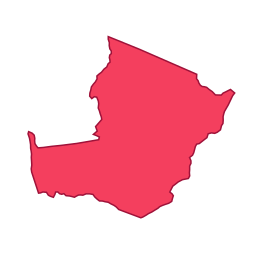 outline of Ibicuitinga, Ceará, Brazil, rotated 193°
{"feature_id": "56859067B26407679214114", "entity_name": "Ibicuitinga", "entity_type": "district", "adm_level": 2, "iso_a3": "BRA", "parent_name": "Brazil", "parent_adm1": "Ceará", "projection": "natural_earth1", "projection_center": [-38.546, -4.981], "detail": "fine", "context": "isolated", "style": "filled", "palette": "rose", "viewbox_px": 256, "rotation_deg": 193, "n_neighbors": 0, "source": "geoboundaries", "source_scale": "gbopen_adm2", "svg_char_len": 2052}
<svg xmlns="http://www.w3.org/2000/svg" viewBox="0 0 256 256"><g transform="rotate(193 128 128)"><path d="M73.1,195.8L131.5,206.7L134.1,207.2L167.8,212.6L167.2,210.0L165.4,207.0L164.8,204.0L163.5,201.0L161.7,199.4L161.0,196.8L162.2,194.9L162.0,192.3L161.0,190.4L160.3,188.1L161.8,186.2L162.4,182.7L164.6,180.0L166.4,176.3L168.3,174.1L170.0,171.7L169.2,168.9L170.2,165.5L171.6,162.9L172.9,159.8L172.8,156.5L173.0,153.5L172.5,150.4L169.9,148.5L167.9,150.9L165.4,151.0L163.0,147.6L162.0,145.0L161.5,140.8L159.8,138.4L158.2,135.5L156.5,132.8L155.5,130.4L159.9,122.1L157.3,118.1L160.3,114.0L157.0,113.5L153.9,112.8L153.9,110.0L174.5,101.4L189.0,96.1L198.4,92.9L206.1,90.0L211.2,88.4L213.1,89.8L215.2,91.9L216.1,94.6L216.5,97.0L217.8,99.9L220.2,101.4L224.0,102.1L224.1,99.8L221.8,96.1L220.3,92.7L219.2,89.9L218.3,86.3L217.1,83.6L216.1,80.9L215.6,77.6L214.3,73.3L213.4,70.2L213.1,66.4L211.9,63.3L200.5,44.4L198.6,45.1L196.6,46.5L193.0,47.0L190.5,44.6L188.3,44.0L185.1,43.7L184.3,46.7L184.1,49.3L182.0,49.9L179.9,48.6L177.7,48.5L175.7,49.6L173.2,48.1L169.7,48.6L167.2,48.6L164.6,48.5L163.0,50.0L161.2,51.5L159.1,52.1L156.8,52.4L154.1,54.4L150.5,55.2L147.2,55.4L144.8,53.3L142.2,51.8L139.4,50.5L136.4,51.1L133.8,51.0L130.5,51.2L127.8,50.3L124.3,49.5L121.6,48.4L118.7,46.5L95.3,43.4L93.5,44.6L90.7,47.2L88.8,49.2L85.9,51.5L83.3,54.1L80.8,56.5L79.4,58.5L76.9,60.4L74.1,62.2L71.4,63.8L68.9,66.3L68.8,69.8L68.6,72.2L70.3,73.8L72.9,75.0L71.3,81.4L68.9,84.3L66.9,86.8L63.3,89.9L57.8,92.4L57.1,95.2L58.1,98.2L58.5,101.0L59.4,104.9L58.7,107.7L59.3,110.2L61.4,113.1L59.0,116.0L58.4,118.7L58.3,121.4L58.2,125.0L57.5,127.7L55.0,128.9L51.4,133.4L48.9,136.4L48.6,140.4L45.6,142.0L42.3,142.3L40.1,143.9L37.5,147.0L37.4,151.4L36.5,153.8L37.0,157.0L37.9,160.4L37.9,163.4L37.7,165.9L35.5,173.1L33.3,183.0L31.9,186.1L36.8,188.6L38.9,186.9L40.9,185.2L43.2,183.4L44.5,181.1L47.7,180.4L50.3,179.9L52.1,181.1L54.1,182.4L57.6,183.8L60.5,185.3L62.9,185.4L65.1,185.1L67.1,185.9L69.0,187.7L70.3,189.8L72.3,191.4L73.1,195.8Z" fill="#f43f5e" stroke="#9f1239" stroke-width="1.5"/></g></svg>